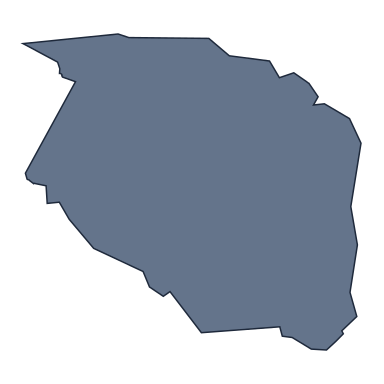 Caldwell, North Carolina, United States of America (Mercator projection)
{"feature_id": "52423323B63018807912829", "entity_name": "Caldwell", "entity_type": "district", "adm_level": 2, "iso_a3": "USA", "parent_name": "United States of America", "parent_adm1": "North Carolina", "projection": "mercator", "projection_center": [-81.598, 35.94], "detail": "fine", "context": "isolated", "style": "filled", "palette": "slate", "viewbox_px": 384, "rotation_deg": 0, "n_neighbors": 0, "source": "geoboundaries", "source_scale": "gbopen_adm2", "svg_char_len": 898}
<svg xmlns="http://www.w3.org/2000/svg" viewBox="0 0 384 384"><path d="M356.8,316.5L350.0,292.4L357.4,244.9L350.8,206.6L361.0,143.2L349.5,118.6L324.4,103.8L313.5,105.0L318.1,96.8L308.9,83.3L308.7,83.3L308.2,82.9L307.3,82.3L306.9,81.9L306.6,81.7L293.8,72.8L279.4,77.7L269.5,61.0L229.3,55.8L208.8,38.4L129.7,37.6L128.9,37.6L118.1,34.0L23.0,43.6L57.6,62.1L59.8,68.7L59.8,68.9L59.5,73.1L59.5,73.4L60.0,73.3L61.0,73.8L61.8,74.5L61.8,75.4L62.1,75.7L62.0,76.1L62.4,76.9L62.6,77.1L75.5,81.7L25.4,173.2L27.1,179.2L27.5,179.5L28.4,179.7L29.1,180.0L29.4,180.4L30.0,180.9L33.7,183.7L33.9,183.4L34.3,183.3L34.8,183.4L35.4,183.6L46.1,185.8L47.2,203.4L59.3,202.2L69.2,219.3L93.7,248.4L143.1,271.5L149.5,287.0L163.3,296.3L170.0,291.6L201.4,332.7L279.8,326.8L282.3,336.2L292.2,337.5L311.3,349.1L326.5,350.0L336.1,341.1L343.3,333.8L341.8,330.8L356.8,316.5Z" fill="#64748b" stroke="#1e293b" stroke-width="1.5"/></svg>